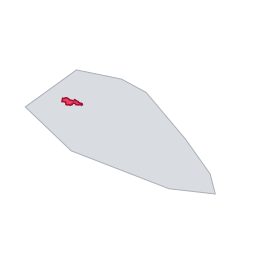 Banse, Laborie, Saint Lucia (highlighted), rotated 109°
{"feature_id": "8701671B18948997599977", "entity_name": "Banse", "entity_type": "district", "adm_level": 2, "iso_a3": "LCA", "parent_name": "Saint Lucia", "parent_adm1": "Laborie", "projection": "natural_earth1", "projection_center": [-60.992, 13.795], "detail": "fine", "context": "in_parent", "style": "filled", "palette": "rose", "viewbox_px": 256, "rotation_deg": 109, "n_neighbors": 0, "source": "geoboundaries", "source_scale": "gbopen_adm2", "svg_char_len": 2818}
<svg xmlns="http://www.w3.org/2000/svg" viewBox="0 0 256 256"><g transform="rotate(109 128 128)"><path d="M168.1,174.2L141.5,232.0L89.9,195.7L83.9,150.1L88.5,122.4L120.1,69.6L144.7,35.4L162.0,24.0L172.1,69.5L168.1,174.2Z" fill="#d9dde1" stroke="#a8b0b8" stroke-width="1"/><path d="M118.5,187.7L120.0,188.1L120.0,188.4L120.0,188.5L120.1,188.8L120.1,189.1L120.1,189.4L120.1,189.5L120.2,189.8L120.2,190.0L120.2,190.4L120.2,190.6L120.4,190.9L120.4,191.1L120.4,191.3L120.5,191.5L120.5,192.0L120.4,192.2L120.4,192.3L120.3,192.5L120.2,192.5L120.1,192.8L120.0,193.0L120.0,193.3L119.9,193.5L119.9,193.8L119.7,194.1L119.6,194.3L119.7,194.5L119.6,194.8L119.5,195.0L119.5,195.3L119.4,195.5L119.4,195.8L119.5,196.0L119.7,196.3L119.7,196.5L119.8,196.5L119.9,196.8L119.9,197.1L120.0,197.2L120.1,197.3L120.3,197.5L120.5,197.7L120.5,197.8L120.7,198.0L120.8,198.1L120.9,198.3L121.0,198.3L121.1,198.6L121.2,198.9L121.2,199.0L121.1,199.4L121.1,199.5L124.6,199.1L124.6,198.9L124.5,198.7L124.4,198.6L124.3,198.4L124.2,198.3L124.2,198.2L124.0,197.9L124.0,197.7L124.0,197.4L124.1,197.2L124.1,196.9L124.1,196.7L123.9,196.4L123.9,196.2L123.8,195.8L123.8,195.7L123.7,195.5L123.8,195.4L124.0,195.3L124.0,195.2L125.9,194.4L125.9,194.2L126.0,194.1L126.1,193.9L126.2,193.7L126.1,193.4L126.0,193.2L125.9,193.1L125.7,192.8L125.7,192.7L125.5,192.4L125.4,192.3L125.4,192.2L125.3,191.9L125.3,191.7L125.5,191.5L125.5,191.4L125.5,191.2L125.4,191.0L125.4,190.9L125.2,190.9L125.2,190.7L125.2,190.3L125.2,190.2L125.2,189.9L125.1,189.7L124.9,189.6L124.7,189.6L124.4,189.5L124.4,189.4L124.4,189.2L124.5,189.1L124.4,189.0L124.4,188.9L124.2,188.9L124.2,189.0L124.1,188.9L123.9,188.9L123.8,188.7L123.7,188.5L123.7,188.4L123.4,188.5L123.1,188.5L123.1,188.4L122.9,188.3L122.8,188.2L122.6,188.1L122.4,187.9L122.4,187.7L122.2,187.5L122.1,187.4L122.1,187.2L122.2,186.9L122.1,186.6L122.0,186.4L121.9,186.2L122.9,184.9L122.6,183.5L122.4,183.0L122.3,182.2L121.8,181.3L121.7,181.1L121.4,180.7L121.5,180.6L121.5,180.3L121.5,180.1L121.5,179.9L121.4,179.5L121.4,179.4L121.4,179.2L121.3,178.9L121.2,178.8L121.1,178.7L121.0,178.4L121.0,178.5L120.9,178.6L121.0,178.7L120.9,178.7L120.9,178.8L120.7,178.9L120.8,179.0L120.7,179.1L120.5,179.3L120.4,179.4L120.2,179.3L120.0,179.1L119.9,178.9L119.9,179.0L119.9,179.3L119.9,179.6L119.8,179.8L120.0,180.1L120.0,180.4L120.0,180.6L120.0,180.9L120.0,181.1L120.0,181.3L120.1,181.5L120.0,181.8L120.2,182.0L120.0,182.4L120.0,182.5L119.9,182.6L120.0,182.8L120.0,183.0L119.9,183.1L119.8,183.3L119.7,183.4L119.6,183.5L119.4,183.5L119.2,183.7L119.3,183.9L119.4,184.2L119.4,184.3L119.5,184.5L119.4,184.6L119.3,184.8L119.2,184.9L119.1,185.0L119.1,185.3L119.1,185.5L119.1,185.8L119.0,186.1L119.0,186.3L118.9,186.4L118.7,186.6L118.6,186.8L118.6,187.0L118.6,187.3L118.5,187.5L118.5,187.7Z" fill="#f43f5e" stroke="#9f1239" stroke-width="1.5"/></g></svg>